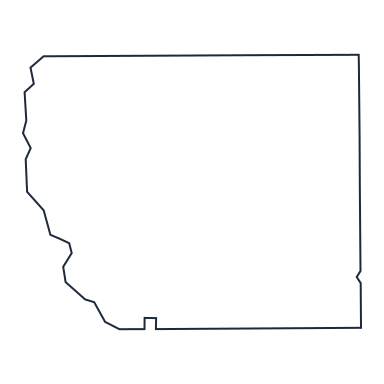 outline of Coosa, Alabama, United States of America
{"feature_id": "52423323B80267107041052", "entity_name": "Coosa", "entity_type": "district", "adm_level": 2, "iso_a3": "USA", "parent_name": "United States of America", "parent_adm1": "Alabama", "projection": "orthographic", "projection_center": [-86.325, 32.929], "detail": "fine", "context": "isolated", "style": "outline", "palette": "slate", "viewbox_px": 384, "rotation_deg": 0, "n_neighbors": 0, "source": "geoboundaries", "source_scale": "gbopen_adm2", "svg_char_len": 509}
<svg xmlns="http://www.w3.org/2000/svg" viewBox="0 0 384 384"><path d="M358.9,66.0L358.7,54.8L250.8,55.2L43.6,56.3L30.5,67.6L33.8,83.8L24.6,92.2L26.3,120.6L23.0,133.2L30.7,148.1L25.7,159.2L27.1,191.8L43.7,210.4L50.4,234.8L60.0,238.9L69.2,243.2L71.7,253.1L63.2,266.8L65.6,282.1L85.1,299.4L94.2,302.2L105.1,321.9L119.4,329.2L144.5,329.1L144.6,317.9L156.1,318.1L155.9,329.1L361.0,327.8L360.7,283.1L356.7,277.0L360.5,271.0L359.8,183.5L359.6,138.2L358.9,66.0Z" fill="none" stroke="#1e293b" stroke-width="2"/></svg>